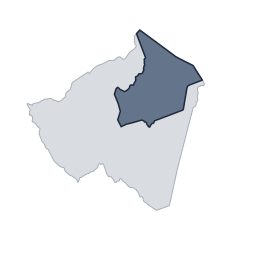 location of Tamanghasset within Algeria, rotated 249°
{"feature_id": "DZA-2189", "entity_name": "Tamanghasset", "entity_type": "Province", "adm_level": 1, "iso_a3": "DZA", "parent_name": "Algeria", "parent_adm1": "", "projection": "mercator", "projection_center": [6.568, 24.092], "detail": "fine", "context": "in_parent", "style": "filled", "palette": "slate", "viewbox_px": 256, "rotation_deg": 249, "n_neighbors": 0, "source": "natural_earth", "source_scale": "10m", "svg_char_len": 6702}
<svg xmlns="http://www.w3.org/2000/svg" viewBox="0 0 256 256"><g transform="rotate(249 128 128)"><path d="M186.5,42.5L186.7,43.0L186.8,43.6L186.0,44.0L185.4,44.3L184.8,45.7L183.6,46.6L183.4,46.9L183.4,47.1L184.2,47.5L184.5,47.9L184.6,48.5L184.3,50.3L183.8,53.7L183.8,54.4L184.1,55.2L184.4,55.9L184.5,56.7L184.3,58.5L184.7,59.6L185.0,60.6L184.3,61.8L184.0,62.9L183.8,64.4L183.8,65.4L183.3,66.3L182.7,67.2L182.1,67.7L181.3,68.1L180.3,68.7L179.6,70.3L177.9,71.6L177.6,72.1L177.4,73.2L177.5,74.6L177.7,75.8L178.5,77.5L179.2,79.4L179.4,80.3L179.7,80.7L180.6,81.3L182.3,82.2L182.6,82.5L183.5,83.8L184.2,86.1L184.5,87.6L187.4,90.0L190.3,92.0L190.5,92.3L192.0,99.3L192.6,101.7L194.5,110.5L193.7,111.0L192.7,111.6L193.4,112.8L194.7,114.8L195.5,116.3L195.8,117.0L196.4,118.9L196.9,120.8L197.1,121.4L197.2,122.8L197.0,126.7L197.4,131.7L197.9,134.1L197.1,136.3L196.4,138.5L196.5,139.5L196.8,141.2L197.2,142.4L197.7,143.0L197.6,145.1L197.4,145.8L195.9,146.9L194.3,147.9L193.8,148.7L193.7,149.6L193.9,150.4L198.6,157.3L198.7,158.0L198.8,159.9L199.6,162.3L200.4,163.4L200.7,164.2L201.3,164.8L201.9,165.2L202.3,165.2L204.4,164.6L207.9,165.6L211.3,166.8L211.5,167.0L213.5,170.7L215.2,174.1L177.3,198.2L173.1,201.9L163.4,210.8L162.7,211.2L149.8,213.8L143.2,215.1L142.8,215.2L142.5,215.2L142.2,215.2L141.6,214.9L140.9,214.4L140.5,214.1L140.4,213.7L140.6,213.2L141.0,212.7L141.1,212.3L141.3,212.0L141.6,211.7L141.6,211.4L141.4,210.8L141.2,210.0L141.2,208.6L141.2,208.0L140.6,207.4L139.4,206.8L138.3,206.5L137.8,206.4L136.7,206.2L135.0,205.8L134.4,205.5L133.4,204.2L132.9,203.9L130.4,203.6L129.6,203.4L128.9,203.1L128.4,202.7L128.0,202.0L127.9,201.4L127.7,201.1L125.0,199.7L124.3,199.2L124.0,198.7L124.0,198.1L124.0,197.2L123.9,196.5L123.8,196.2L76.0,162.2L73.4,160.4L67.5,156.4L40.8,138.9L40.8,126.1L40.9,125.5L41.0,125.2L41.9,124.7L43.2,123.6L43.7,123.1L44.3,122.7L46.6,121.2L47.1,120.8L49.2,119.1L49.7,118.8L50.9,118.7L51.4,118.4L52.1,117.7L53.0,116.9L53.7,116.5L53.8,116.5L54.2,116.4L56.2,116.6L57.1,116.8L58.1,117.0L58.4,116.9L58.7,116.6L59.1,116.1L59.2,115.4L59.2,114.9L59.2,114.6L59.4,114.5L59.9,114.6L60.4,114.6L61.7,114.6L62.1,114.5L63.4,114.4L65.4,114.0L68.1,113.2L69.4,112.2L70.4,111.1L71.4,109.6L72.2,108.2L73.8,107.4L75.1,106.8L75.9,106.6L77.6,105.9L80.5,103.8L82.9,103.5L83.2,103.3L83.5,103.0L83.5,102.3L83.1,101.9L82.6,101.6L82.3,101.4L81.9,101.3L81.8,101.0L81.9,100.4L81.9,99.9L82.1,99.4L82.1,98.6L81.7,97.9L81.6,97.4L81.6,96.8L81.8,96.4L82.3,96.1L82.9,96.0L83.7,96.2L85.1,96.0L88.7,94.7L88.9,94.3L89.1,93.4L89.4,92.6L89.8,92.4L90.0,92.3L92.8,91.8L93.5,91.8L98.8,92.0L103.4,92.2L103.8,92.0L103.8,91.4L103.5,90.4L103.7,89.7L104.3,89.1L105.1,88.4L104.7,87.5L104.1,87.0L103.2,86.3L102.7,86.0L101.9,85.2L101.4,84.3L101.0,82.3L100.4,81.2L100.0,79.8L100.4,77.3L99.7,75.8L99.7,75.1L99.7,74.4L99.8,73.0L99.7,71.1L99.0,69.2L99.3,68.5L99.5,68.2L99.4,67.9L98.8,67.2L98.5,66.7L98.7,66.2L99.0,65.5L99.0,65.2L97.9,64.4L96.1,63.0L95.6,62.4L95.4,61.6L97.1,61.8L98.0,61.7L100.0,60.8L101.6,59.5L102.8,58.9L104.0,57.6L104.9,56.7L106.4,55.8L110.5,53.7L111.2,53.7L112.5,54.2L113.7,54.0L114.5,53.3L115.4,51.6L116.8,50.6L118.5,49.6L120.8,48.6L122.3,47.7L124.7,46.9L130.8,46.4L133.9,45.9L136.0,46.0L138.2,44.6L139.2,44.1L143.9,44.0L146.0,42.9L154.3,42.9L155.3,43.3L156.3,43.8L158.0,45.2L158.8,45.5L159.9,45.2L162.5,43.9L165.3,43.2L166.9,42.5L167.6,41.3L168.9,40.9L169.7,41.8L172.6,42.7L174.4,42.4L175.2,42.1L175.0,40.8L176.9,41.2L178.4,41.8L179.9,43.1L180.9,43.3L182.8,42.7L186.5,42.5Z" fill="#d9dde1" stroke="#a8b0b8" stroke-width="1"/><path d="M215.2,174.1L214.6,174.5L214.0,174.9L213.5,175.2L212.9,175.6L212.3,176.0L211.7,176.3L211.2,176.7L210.6,177.1L210.0,177.4L209.4,177.8L208.9,178.2L208.3,178.5L207.7,178.9L207.1,179.3L206.6,179.6L206.0,180.0L205.4,180.4L204.8,180.7L204.3,181.1L203.7,181.5L203.1,181.8L202.5,182.2L202.0,182.6L201.4,182.9L200.8,183.3L200.3,183.7L199.7,184.0L199.1,184.4L198.5,184.8L198.0,185.1L197.4,185.5L196.8,185.9L196.2,186.2L195.7,186.6L195.1,187.0L194.5,187.3L193.9,187.7L193.4,188.1L192.8,188.4L192.2,188.8L191.6,189.2L191.1,189.5L190.5,189.9L189.9,190.3L189.3,190.6L188.8,191.0L188.2,191.4L187.6,191.7L187.0,192.1L186.5,192.5L185.9,192.8L185.3,193.2L184.7,193.5L184.2,193.9L183.6,194.3L183.0,194.6L182.4,195.0L181.9,195.4L181.3,195.7L180.7,196.1L180.1,196.5L179.6,196.8L179.0,197.2L178.4,197.5L177.3,198.2L176.5,199.0L175.9,199.5L175.3,200.0L174.7,200.5L174.1,201.1L173.4,201.6L173.1,201.9L172.6,202.4L172.1,202.9L171.5,203.4L171.0,203.8L170.5,204.3L169.9,204.8L169.4,205.3L168.9,205.8L168.3,206.3L167.8,206.8L167.3,207.3L166.7,207.7L166.2,208.2L165.7,208.7L165.2,209.2L164.6,209.7L164.1,210.2L163.4,210.8L163.1,211.0L162.7,211.2L161.6,211.4L160.7,211.6L158.9,211.9L157.0,212.3L156.2,212.5L154.6,212.8L153.0,213.1L151.4,213.5L149.8,213.8L148.4,214.1L146.9,214.4L146.1,214.5L146.1,201.2L145.8,199.1L145.2,198.2L144.3,197.4L125.7,186.4L125.3,185.8L125.1,185.5L125.2,155.3L125.1,155.2L123.6,153.9L123.5,153.7L123.4,153.4L123.5,152.5L123.5,152.0L123.5,151.8L123.4,151.6L123.3,151.4L121.9,149.4L121.2,148.8L121.1,148.6L121.2,148.3L121.3,148.1L121.8,147.8L122.4,147.6L123.0,147.2L123.8,147.1L124.2,147.1L124.4,147.1L124.7,147.0L125.9,147.0L126.0,147.0L126.7,146.8L126.9,146.7L127.1,146.6L127.3,146.3L127.8,145.6L128.0,145.5L128.9,145.3L129.0,145.3L129.6,144.7L129.8,144.5L130.2,144.1L130.3,143.9L130.4,143.6L130.5,143.4L131.6,131.4L132.0,129.3L132.1,127.4L131.7,122.1L139.3,121.3L146.3,126.8L154.2,127.6L164.4,127.4L168.6,130.7L169.1,131.2L169.4,132.0L169.6,133.1L169.2,133.4L167.0,134.3L164.9,136.3L164.2,136.8L163.7,137.3L163.4,137.7L163.2,138.5L163.4,139.7L164.4,142.9L164.4,143.0L164.5,143.2L164.9,143.5L166.5,144.8L166.8,145.1L167.0,145.4L167.1,145.7L167.1,145.8L167.1,146.0L166.4,147.9L166.3,148.1L166.3,148.3L166.3,148.6L166.3,148.9L166.4,149.0L167.3,149.4L167.4,149.5L169.2,151.9L169.3,152.0L170.3,152.4L170.5,152.6L170.8,152.7L172.9,153.3L173.0,153.5L173.1,153.9L173.2,155.7L174.2,156.9L174.4,157.1L174.5,157.3L174.6,157.5L174.7,157.8L174.7,158.0L174.2,158.7L174.2,158.8L174.0,159.2L174.0,159.3L174.0,160.4L174.1,161.1L174.3,161.4L174.4,161.5L175.0,161.9L175.1,162.0L175.5,162.6L175.7,162.9L175.8,163.0L176.1,163.3L176.3,163.4L176.3,163.5L176.7,163.6L177.1,163.6L177.4,163.6L177.5,163.6L177.8,163.8L178.0,163.9L178.1,164.0L178.3,164.1L178.5,164.1L178.8,164.3L179.0,164.5L179.5,164.9L179.8,165.0L180.4,165.6L180.5,165.6L180.7,165.8L180.9,166.0L181.0,166.1L181.3,166.3L181.9,166.4L182.3,166.4L182.5,166.4L183.1,166.6L183.4,166.8L183.6,166.9L183.8,166.9L184.2,167.2L185.0,167.4L185.7,167.5L185.9,167.5L186.0,167.5L186.3,167.8L186.8,168.7L187.0,169.0L187.2,169.3L187.4,169.5L187.5,169.6L213.0,169.7L214.0,171.6L214.5,172.8L215.2,174.1Z" fill="#64748b" stroke="#1e293b" stroke-width="1.5"/></g></svg>